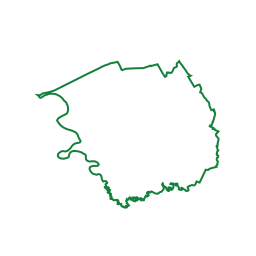 Nautla, Veracruz, Mexico (Natural Earth projection), rotated 285°
{"feature_id": "50627088B42356912123760", "entity_name": "Nautla", "entity_type": "district", "adm_level": 2, "iso_a3": "MEX", "parent_name": "Mexico", "parent_adm1": "Veracruz", "projection": "natural_earth1", "projection_center": [-96.821, 20.123], "detail": "fine", "context": "isolated", "style": "outline", "palette": "green", "viewbox_px": 256, "rotation_deg": 285, "n_neighbors": 0, "source": "geoboundaries", "source_scale": "gbopen_adm2", "svg_char_len": 5743}
<svg xmlns="http://www.w3.org/2000/svg" viewBox="0 0 256 256"><g transform="rotate(285 128 128)"><path d="M150.1,210.5L150.8,206.5L151.8,206.7L151.7,207.9L156.0,208.5L156.0,208.2L158.5,208.6L164.2,208.6L165.4,207.8L166.1,207.0L166.1,207.5L168.2,206.2L166.8,203.8L170.4,201.0L172.7,200.1L173.8,199.3L174.9,197.1L176.2,196.0L176.9,194.4L178.1,192.9L180.5,190.8L181.1,189.3L181.1,188.5L184.9,188.7L188.4,185.8L187.6,184.3L185.0,181.3L193.1,172.9L194.7,174.9L194.8,174.3L195.6,172.6L195.8,171.9L198.9,168.5L201.1,165.7L202.0,164.8L204.4,161.5L205.8,160.1L204.9,159.8L204.1,159.1L203.1,158.5L202.2,158.5L200.5,159.3L199.8,159.1L199.0,158.5L198.4,157.3L197.9,156.9L193.6,156.1L192.6,155.6L192.3,155.2L192.1,154.4L192.2,153.5L191.5,152.4L191.6,151.8L191.9,151.7L191.8,151.4L191.0,151.2L190.2,151.4L189.3,151.3L188.2,151.7L187.5,151.1L187.0,150.4L189.7,147.4L197.2,140.0L196.2,138.5L196.2,138.1L193.7,134.2L194.1,133.7L189.8,127.3L187.8,120.3L184.8,110.9L184.0,109.8L183.7,109.1L182.4,107.4L182.6,107.0L182.6,106.6L185.2,104.7L189.2,100.9L188.5,99.8L188.1,98.6L186.5,95.7L186.1,94.3L184.7,93.0L182.7,89.8L180.8,87.4L177.2,83.5L169.4,74.4L145.2,47.2L142.1,42.3L139.3,36.7L136.9,34.5L136.4,32.2L135.8,33.6L134.8,34.4L134.5,35.7L135.1,36.5L137.9,39.0L140.1,42.3L141.1,44.2L141.7,46.7L141.9,48.8L141.9,50.5L141.1,54.0L140.0,56.3L139.2,57.6L138.0,59.0L137.1,61.0L136.5,61.8L133.5,64.2L130.5,65.3L129.2,65.5L127.5,65.5L126.3,65.3L125.1,64.2L122.5,61.2L119.8,58.5L118.1,57.7L116.8,57.6L115.3,59.2L113.7,61.3L112.4,63.9L111.7,65.8L111.1,69.0L110.9,75.1L110.1,78.9L109.7,79.6L108.5,81.0L106.0,82.8L103.2,85.5L102.3,85.5L101.6,85.2L101.0,84.3L99.7,81.4L97.9,79.5L96.2,78.6L93.1,77.5L89.9,75.1L89.0,73.1L88.9,71.4L88.5,70.2L87.7,69.2L85.7,67.6L84.7,67.2L83.0,67.4L82.1,68.1L81.5,69.4L81.3,71.0L81.3,72.1L81.7,73.9L83.3,76.9L84.7,78.2L87.5,78.1L89.3,78.5L90.7,79.7L91.5,80.9L92.0,82.1L92.5,85.4L92.5,87.8L92.4,89.4L91.7,91.6L91.6,92.9L90.4,94.6L88.6,94.8L86.9,95.6L86.5,96.0L85.8,97.2L85.6,99.4L86.9,103.0L87.2,105.1L86.7,107.5L85.7,108.7L85.0,109.2L84.0,108.8L83.4,107.8L83.0,106.7L82.5,104.6L81.9,103.2L80.3,101.4L79.2,101.3L78.1,101.7L76.5,103.0L75.3,104.7L74.8,105.8L74.7,106.6L74.7,109.8L75.1,110.3L75.9,111.6L75.9,112.6L75.7,113.4L75.1,114.3L74.4,114.8L71.6,116.1L69.9,117.9L70.4,118.6L70.8,119.7L70.9,120.7L70.0,121.9L69.8,122.1L69.0,121.9L68.7,121.2L67.8,120.9L66.0,122.0L65.1,120.9L64.8,120.8L64.3,121.4L64.3,121.8L65.5,123.0L65.7,124.1L65.4,124.7L63.9,123.7L63.1,123.4L62.6,124.4L62.6,124.7L62.8,125.0L63.5,124.9L63.9,125.7L63.4,126.8L62.3,126.6L61.2,125.2L60.6,125.0L60.2,125.4L60.1,126.3L60.4,126.4L60.9,125.9L61.3,126.1L61.2,126.5L60.5,127.3L60.0,128.5L59.3,128.8L58.8,128.0L58.1,128.1L57.7,128.4L57.4,129.8L57.0,130.2L56.6,130.2L56.0,129.3L55.6,129.1L55.1,129.3L55.1,130.4L55.3,131.7L55.1,132.1L54.7,132.3L54.4,132.8L55.6,135.5L55.8,136.4L55.6,137.0L55.3,137.3L54.9,136.6L53.8,137.1L53.5,137.6L53.7,138.3L53.5,138.7L53.2,138.8L52.5,137.5L51.8,137.7L51.8,138.4L52.0,138.8L52.7,139.5L52.7,140.5L52.9,141.0L52.8,141.3L51.8,141.2L51.1,141.9L50.6,142.7L50.6,143.1L51.0,143.4L51.0,143.6L50.6,143.8L50.4,144.2L50.5,144.8L50.2,145.9L50.3,146.2L50.9,146.3L51.9,145.9L52.4,146.2L52.4,146.6L52.0,146.7L51.5,147.6L53.1,147.9L53.2,148.1L53.1,148.7L53.4,149.0L55.0,146.9L55.1,146.2L55.9,146.2L57.0,145.1L58.1,145.2L57.8,145.4L58.5,146.5L59.6,146.6L61.4,147.6L61.5,147.9L60.8,148.6L59.5,148.9L59.5,149.0L60.3,149.7L60.8,149.7L60.9,150.2L60.5,150.0L60.4,150.2L60.9,150.4L61.3,151.2L61.7,151.2L62.1,150.8L62.3,151.4L61.2,151.6L60.6,151.3L60.0,150.5L59.6,150.6L59.2,150.9L59.0,153.2L59.2,154.0L60.2,154.3L61.6,153.2L62.3,153.0L62.5,152.6L62.6,152.8L62.5,153.2L61.8,153.6L62.7,153.5L63.4,154.4L63.1,154.6L62.7,154.0L61.5,154.4L61.7,155.2L60.4,155.3L60.7,155.7L61.3,155.8L61.5,156.3L62.0,156.4L62.4,156.3L62.7,155.8L62.8,155.9L62.8,156.4L62.6,156.5L62.5,157.1L63.3,158.3L62.2,158.3L61.4,159.6L61.5,159.8L63.0,160.1L63.1,160.6L63.0,161.0L62.4,161.5L62.2,161.9L62.5,162.1L63.1,162.0L64.4,162.2L65.1,162.1L65.6,162.2L66.4,163.1L67.3,162.7L67.6,163.1L67.4,163.6L66.9,163.9L66.8,164.3L67.3,164.8L68.3,165.4L69.2,164.6L70.1,164.6L70.0,163.2L70.3,163.1L71.3,163.7L71.3,164.5L71.8,164.6L71.9,164.9L71.4,165.9L71.5,166.3L72.8,167.1L71.9,170.9L71.9,172.1L72.3,173.5L72.3,173.8L73.0,174.5L74.2,175.4L74.8,176.1L74.9,176.6L75.6,177.2L76.3,177.3L77.7,178.1L79.2,178.2L81.2,176.8L81.7,175.8L82.0,175.6L82.9,175.6L83.5,175.9L83.2,176.2L82.4,176.4L81.7,177.1L81.1,178.1L80.6,179.8L80.1,180.1L79.4,180.9L78.3,181.6L77.6,183.2L77.7,183.7L78.3,184.0L78.9,183.9L80.1,182.6L80.7,182.4L81.2,182.6L81.4,183.5L81.5,184.7L81.2,185.1L80.1,185.0L79.8,185.3L79.5,185.8L79.6,186.3L80.4,186.8L82.7,187.2L84.4,186.6L84.8,186.3L84.9,185.3L84.9,183.4L85.5,183.5L85.9,184.9L86.0,186.4L85.3,188.6L85.0,188.9L84.9,189.6L85.2,189.8L85.7,189.7L86.1,188.8L86.6,188.7L87.0,190.0L85.5,190.7L83.3,192.7L81.9,193.0L81.8,194.5L81.9,195.6L82.1,195.8L82.5,196.0L83.1,196.0L83.8,195.0L84.2,195.3L84.2,195.7L83.4,197.5L83.0,199.5L82.3,199.9L82.4,201.1L82.7,201.9L83.4,202.6L84.5,202.2L85.9,201.0L86.3,200.9L87.0,201.3L87.8,202.5L88.2,202.7L89.4,204.5L89.7,206.7L90.0,207.2L91.1,207.7L94.1,208.1L93.8,211.3L107.8,213.9L108.2,216.2L109.9,217.5L113.4,223.5L113.7,223.1L114.3,223.0L115.6,223.8L116.5,223.5L118.6,223.6L119.3,223.0L119.7,222.4L120.8,221.7L122.3,221.7L123.0,222.5L124.5,222.4L124.9,221.7L124.8,221.1L125.7,220.4L126.1,220.6L127.4,220.2L129.0,220.4L129.3,220.9L129.7,221.0L130.0,220.4L132.3,219.1L132.3,218.8L132.6,218.6L133.3,218.4L133.6,218.3L134.0,219.1L135.1,218.7L135.9,218.9L136.5,218.5L140.3,218.5L141.4,217.9L143.3,215.2L144.3,214.7L144.9,214.6L146.5,215.4L148.0,216.3L148.3,215.2L148.5,212.8L148.7,212.4L149.3,212.1L149.1,210.2L150.1,210.5Z" fill="none" stroke="#15803d" stroke-width="2"/></g></svg>